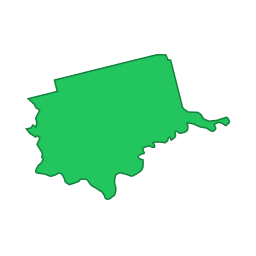 outline of Bryan, Oklahoma, United States of America, rotated 346°
{"feature_id": "52423323B7757508729966", "entity_name": "Bryan", "entity_type": "district", "adm_level": 2, "iso_a3": "USA", "parent_name": "United States of America", "parent_adm1": "Oklahoma", "projection": "robinson", "projection_center": [-96.193, 33.922], "detail": "fine", "context": "isolated", "style": "filled", "palette": "green", "viewbox_px": 256, "rotation_deg": 346, "n_neighbors": 0, "source": "geoboundaries", "source_scale": "gbopen_adm2", "svg_char_len": 2669}
<svg xmlns="http://www.w3.org/2000/svg" viewBox="0 0 256 256"><g transform="rotate(346 128 128)"><path d="M38.2,75.4L42.7,82.2L43.9,86.6L46.8,89.1L40.7,96.3L40.9,100.9L38.7,104.8L36.4,102.1L33.9,104.5L29.2,104.3L31.3,109.2L36.1,114.4L38.2,113.6L40.1,116.4L35.8,121.9L38.8,131.7L37.4,135.4L37.6,135.4L38.1,136.3L38.2,137.0L37.7,138.3L37.1,139.2L35.4,140.8L34.4,141.4L32.1,142.4L29.0,145.8L28.2,147.0L28.0,147.4L27.9,148.3L28.1,148.9L29.5,149.9L34.5,151.9L36.4,152.8L37.7,153.6L41.0,156.1L42.5,156.2L45.9,156.0L50.1,155.0L50.9,155.2L51.5,155.6L52.2,156.3L53.1,158.2L53.8,160.4L54.0,161.6L54.0,164.6L54.9,166.3L57.1,168.5L57.5,168.8L60.8,168.6L66.9,168.0L67.6,167.8L68.9,166.6L69.5,166.4L72.1,166.7L73.5,167.1L75.3,167.8L75.9,168.6L76.4,169.7L76.8,170.5L77.4,172.8L78.5,174.6L79.6,175.9L84.1,180.3L85.1,181.5L87.4,184.0L88.0,185.5L88.8,188.3L88.9,190.2L89.1,190.8L90.5,192.1L92.2,192.3L93.5,192.1L98.5,189.9L99.0,189.5L99.4,188.8L101.0,185.7L101.7,183.1L101.8,181.3L101.6,179.0L101.9,177.4L102.6,174.7L102.9,173.9L104.5,170.9L105.0,170.4L108.5,169.5L110.2,169.9L115.1,172.5L119.5,175.5L121.4,175.6L126.1,174.3L126.9,174.0L129.2,173.2L131.1,172.1L131.9,171.2L133.1,169.4L134.6,164.3L134.8,162.3L133.7,161.8L132.9,161.4L132.3,161.1L131.8,160.7L131.3,159.9L130.9,158.4L131.4,157.5L131.6,157.3L134.3,156.6L137.4,156.6L137.8,156.0L137.2,152.5L137.5,151.5L138.0,151.0L140.1,150.6L143.7,150.4L144.8,150.9L146.7,152.4L148.0,152.9L149.1,153.0L149.5,152.3L149.5,150.9L149.1,149.7L148.8,149.2L148.6,148.8L148.6,148.5L148.9,148.2L152.5,148.5L157.2,149.9L159.1,150.8L160.6,151.3L163.3,150.0L164.6,147.4L165.1,147.0L166.0,147.1L166.7,147.4L166.8,147.9L166.6,148.7L166.7,149.5L166.9,149.8L167.3,150.2L170.6,148.8L172.2,147.3L172.3,147.0L172.4,146.1L172.3,144.6L172.5,143.7L173.2,143.2L173.7,143.0L174.3,143.0L175.4,143.7L176.1,145.1L178.1,145.9L182.8,145.7L184.5,144.9L185.2,144.4L186.2,142.0L186.5,140.8L186.5,139.8L186.5,139.3L186.2,138.8L186.1,138.2L186.4,137.6L186.6,137.5L189.4,138.4L191.0,139.1L193.4,140.6L196.1,142.7L197.5,143.8L198.9,144.7L203.9,146.9L206.1,149.0L207.0,150.1L207.5,150.6L208.3,151.3L208.9,151.5L210.2,151.7L211.0,151.4L212.2,150.7L212.7,150.2L213.0,149.6L213.1,149.1L213.0,148.0L212.7,147.4L212.5,146.1L212.5,145.8L212.7,145.3L216.3,144.5L217.3,144.6L219.8,145.5L220.2,145.9L222.9,148.9L223.5,149.3L223.8,149.3L225.8,148.2L227.0,147.6L227.9,146.5L228.1,145.9L227.2,142.7L226.4,141.9L226.2,141.4L216.3,142.1L208.2,141.0L203.5,137.4L201.9,132.3L199.5,129.7L190.3,127.1L186.5,122.7L185.9,120.8L185.8,72.5L183.2,71.4L182.4,66.2L173.7,63.9L148.3,63.8L115.0,63.7L78.8,63.7L68.2,63.7L68.2,75.4L38.2,75.4Z" fill="#22c55e" stroke="#15803d" stroke-width="1.5"/></g></svg>